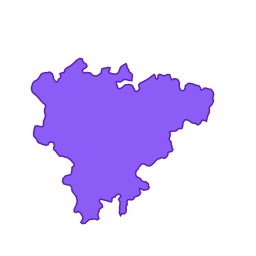 Pavão, Minas Gerais, Brazil (orthographic projection), rotated 162°
{"feature_id": "56859067B53491956407625", "entity_name": "Pavão", "entity_type": "district", "adm_level": 2, "iso_a3": "BRA", "parent_name": "Brazil", "parent_adm1": "Minas Gerais", "projection": "orthographic", "projection_center": [-41.066, -17.465], "detail": "fine", "context": "isolated", "style": "filled", "palette": "violet", "viewbox_px": 256, "rotation_deg": 162, "n_neighbors": 0, "source": "geoboundaries", "source_scale": "gbopen_adm2", "svg_char_len": 4625}
<svg xmlns="http://www.w3.org/2000/svg" viewBox="0 0 256 256"><g transform="rotate(162 128 128)"><path d="M202.1,52.7L200.7,51.1L198.3,50.7L195.5,51.9L193.2,52.9L191.3,52.5L188.5,52.1L186.8,51.4L185.6,50.1L183.6,50.8L183.7,54.0L182.9,56.0L181.3,57.8L180.0,59.9L178.4,60.2L176.5,60.8L176.3,63.2L177.6,65.5L177.8,67.8L176.4,68.8L174.4,67.9L172.5,66.6L170.1,65.2L168.5,63.7L166.6,62.9L165.6,64.2L165.1,65.8L163.8,66.6L161.4,66.4L160.1,67.6L158.4,68.1L156.5,67.4L155.6,65.4L157.2,64.5L159.0,63.3L158.4,60.2L159.2,57.9L160.6,55.1L161.1,52.6L162.4,50.5L162.2,47.0L160.2,48.4L158.1,47.6L156.5,48.1L155.1,50.3L154.6,52.1L154.1,54.1L152.4,55.3L152.1,57.8L150.3,59.8L148.4,59.4L147.1,58.5L144.8,58.6L143.0,60.3L141.0,60.4L139.3,60.4L137.2,61.1L135.9,62.9L136.4,65.4L135.5,66.9L133.9,65.4L132.1,63.9L129.9,63.7L128.1,63.5L126.3,64.7L126.4,66.4L126.0,68.5L127.3,70.9L129.1,71.9L130.7,72.8L131.5,74.1L131.9,76.2L133.8,77.9L135.1,79.8L134.9,82.0L133.7,84.5L131.2,85.8L129.5,87.7L128.0,88.3L126.1,89.5L124.4,89.3L122.9,87.9L121.0,86.0L118.7,85.1L116.3,85.9L114.2,86.8L111.8,88.2L109.5,89.3L107.7,89.1L105.4,89.5L103.9,88.7L102.4,87.9L100.2,88.6L98.2,90.5L97.5,92.4L95.9,92.4L93.5,92.2L91.9,93.6L92.3,95.7L91.8,97.6L92.1,99.4L91.3,101.1L92.0,102.9L92.4,104.9L90.9,106.7L89.7,108.9L90.0,111.4L88.4,111.3L86.2,111.2L83.8,110.4L81.9,110.8L80.1,111.8L78.6,111.3L77.0,110.8L75.4,112.8L74.4,115.5L72.7,117.2L71.0,118.2L68.9,117.2L67.1,115.5L66.2,114.0L64.7,112.5L62.4,111.8L61.6,110.1L60.1,109.3L58.0,110.1L56.4,111.4L55.1,112.5L53.2,111.8L51.3,110.1L49.9,112.8L48.0,115.5L46.3,117.2L45.3,118.9L44.7,121.6L43.4,123.2L41.2,124.2L39.6,125.8L38.3,127.3L38.2,129.8L37.2,132.0L36.2,133.4L35.9,135.5L36.3,137.2L37.1,139.1L39.5,140.3L41.4,141.8L43.5,142.4L45.1,141.4L46.8,141.4L46.8,143.7L47.3,145.9L49.3,147.2L50.6,148.1L51.8,149.1L53.9,150.5L56.3,151.8L58.5,151.3L60.5,150.4L61.3,148.2L63.1,146.5L65.2,146.7L66.4,148.3L66.6,150.4L66.2,152.3L65.4,154.3L65.2,156.0L65.4,157.7L66.3,159.2L67.6,160.1L69.4,160.7L71.3,160.1L71.9,162.6L71.8,165.7L73.6,166.7L75.8,166.5L78.4,166.6L79.6,168.2L81.4,169.3L82.9,169.0L83.8,167.1L84.9,165.5L86.4,166.5L86.0,169.0L86.6,170.8L88.8,170.2L91.1,169.3L93.5,168.5L95.3,168.1L97.9,167.6L100.5,167.2L102.6,166.9L104.3,166.0L104.7,164.3L104.8,161.9L106.3,160.5L108.1,160.0L110.1,161.2L110.0,163.1L110.5,164.8L110.6,166.7L111.7,168.0L113.2,169.0L114.8,169.3L116.5,169.7L118.2,169.7L120.0,168.7L122.1,168.0L124.0,167.9L125.3,169.1L125.3,171.4L125.3,174.0L124.5,175.6L122.8,175.0L121.2,174.1L119.3,174.5L117.1,175.4L114.7,174.6L112.1,172.8L109.6,171.8L108.9,174.1L107.5,176.4L107.7,178.5L109.5,181.1L109.3,183.4L110.3,185.2L109.8,187.3L110.0,189.8L111.8,189.5L114.0,189.0L116.4,188.0L117.9,186.3L119.4,184.2L121.5,182.9L123.7,183.3L125.7,184.1L127.0,185.1L128.7,186.1L128.9,187.9L127.4,188.9L126.5,190.9L128.4,191.9L130.4,191.9L132.5,192.3L134.5,192.3L135.6,190.5L136.8,188.4L138.9,187.8L141.7,187.1L143.8,187.9L145.7,189.4L146.5,191.7L148.5,192.9L150.5,193.7L152.4,193.5L153.9,195.3L153.2,197.5L150.9,198.0L149.2,198.4L147.9,199.4L147.9,201.5L149.8,203.7L150.3,205.9L150.2,207.8L152.1,209.0L154.9,208.6L157.1,207.7L159.0,206.7L160.8,205.9L163.3,205.0L165.8,204.4L167.7,204.1L169.7,203.2L171.6,200.6L174.1,200.9L176.1,200.6L175.8,198.2L177.1,196.3L179.2,195.7L180.8,193.7L182.6,194.5L183.2,196.3L183.4,198.2L183.2,200.6L183.3,203.1L185.1,205.3L187.6,205.6L189.7,206.1L191.9,206.4L193.5,206.1L195.0,205.3L196.5,203.8L198.7,202.3L200.5,201.6L202.5,201.4L204.0,200.6L205.7,198.7L207.0,196.7L207.8,194.8L207.9,192.4L207.2,190.3L206.0,188.5L204.7,186.4L203.7,184.2L203.0,182.4L202.2,180.4L201.2,178.3L199.8,176.3L199.4,174.4L200.4,173.1L201.4,171.6L202.2,170.2L202.5,167.9L202.6,165.8L203.2,164.0L204.7,162.3L206.2,160.7L207.0,158.6L207.5,156.5L209.3,155.7L211.4,156.6L213.6,158.1L215.8,158.4L217.1,156.7L218.3,154.3L219.5,152.1L220.1,149.7L219.4,147.7L218.3,145.9L218.3,143.8L217.7,141.7L215.7,140.2L214.0,138.6L212.3,137.6L210.8,136.8L209.1,136.8L207.4,138.7L205.0,138.2L203.3,136.9L203.4,133.9L205.0,132.0L205.1,130.2L203.9,128.3L203.1,126.0L202.6,124.1L201.4,122.1L199.0,121.5L197.5,120.2L195.5,119.2L193.6,117.0L192.0,114.6L191.2,112.3L190.2,110.9L191.0,108.9L193.5,107.7L194.2,105.6L195.1,103.8L196.0,102.0L197.5,101.3L199.7,101.6L202.4,101.7L203.9,100.9L205.9,99.4L206.8,97.0L206.3,94.8L204.6,93.5L202.6,92.4L201.0,91.6L199.9,89.3L200.4,86.9L200.6,85.2L200.0,83.3L199.4,81.6L198.9,80.1L198.4,78.1L198.7,76.1L198.9,74.0L200.0,72.2L201.4,70.2L203.0,68.7L204.4,67.2L205.0,65.0L203.4,63.6L201.4,64.1L199.8,62.5L199.0,60.0L198.5,57.7L198.9,56.0L200.5,54.2L202.1,52.7Z" fill="#8b5cf6" stroke="#5b21b6" stroke-width="1.5"/></g></svg>